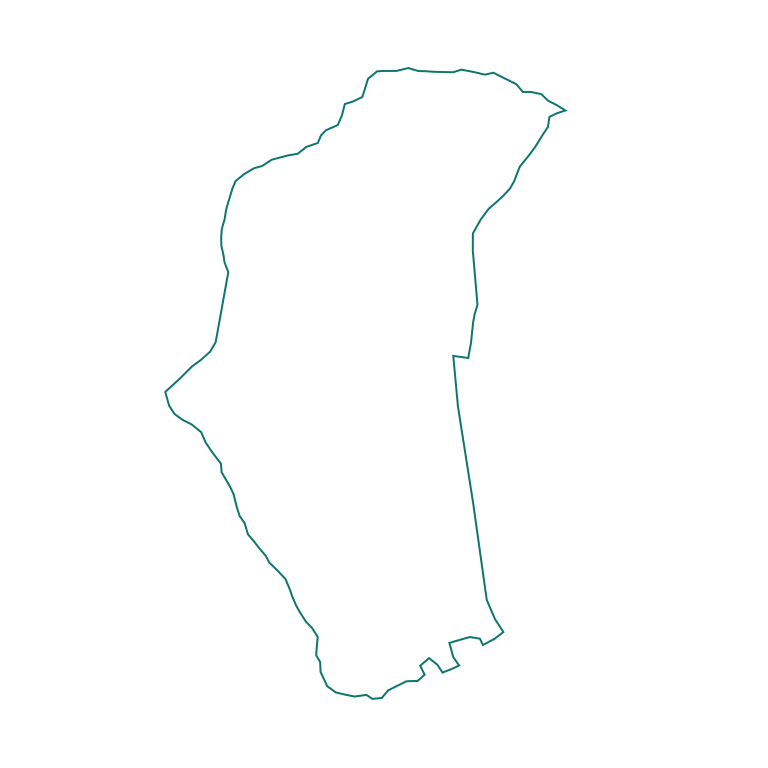 Cruzeiro do Sul, Paraná, Brazil (Mercator projection), rotated 82°
{"feature_id": "56859067B8108484370464", "entity_name": "Cruzeiro do Sul", "entity_type": "district", "adm_level": 2, "iso_a3": "BRA", "parent_name": "Brazil", "parent_adm1": "Paraná", "projection": "mercator", "projection_center": [-52.164, -22.981], "detail": "fine", "context": "isolated", "style": "outline", "palette": "teal", "viewbox_px": 768, "rotation_deg": 82, "n_neighbors": 0, "source": "geoboundaries", "source_scale": "gbopen_adm2", "svg_char_len": 1827}
<svg xmlns="http://www.w3.org/2000/svg" viewBox="0 0 768 768"><g transform="rotate(82 384 384)"><path d="M162.3,502.7L169.0,506.7L181.4,512.5L189.1,516.0L199.0,519.0L207.4,522.9L215.3,524.7L224.3,525.8L234.6,525.0L241.5,525.0L251.5,522.6L319.2,544.9L327.8,551.7L334.9,562.3L339.7,571.4L350.2,585.4L361.4,601.7L375.6,599.8L384.6,595.6L391.6,588.3L397.2,580.2L406.3,571.7L417.0,568.8L428.3,563.3L440.2,556.6L448.8,557.1L463.8,550.9L472.1,548.3L484.7,547.0L494.5,545.4L502.6,541.3L513.8,539.7L522.4,534.3L529.6,530.2L537.7,525.0L544.9,522.5L554.2,515.2L563.5,508.7L573.7,506.0L582.1,504.3L590.9,501.9L597.5,499.4L608.3,494.5L615.5,489.3L625.2,484.8L633.8,486.9L643.1,488.9L650.5,485.9L660.3,486.9L675.3,482.3L682.7,474.7L686.5,464.9L689.4,456.5L689.4,444.7L694.2,439.3L694.6,429.9L687.9,422.4L681.5,403.2L682.7,392.0L677.5,384.2L668.1,387.4L661.7,377.6L669.3,370.3L677.9,366.2L675.6,356.6L673.2,348.8L664.1,353.4L649.5,355.3L647.9,344.4L646.5,334.3L649.5,324.5L656.2,322.4L651.7,309.9L646.2,300.3L632.3,306.8L612.1,312.3L575.0,312.3L553.7,312.3L513.8,312.3L416.6,313.9L365.8,311.5L370.0,297.0L355.3,292.1L335.5,287.2L328.2,284.8L318.5,280.4L264.3,277.5L247.2,275.0L234.4,265.2L225.0,255.9L219.5,247.3L214.3,239.8L207.9,232.0L201.6,227.1L187.8,219.4L178.0,208.9L170.5,201.5L159.0,191.9L152.3,185.9L142.5,183.0L139.9,174.8L138.4,166.3L131.6,174.5L126.3,182.1L118.9,187.8L115.3,197.6L114.1,205.8L105.5,211.3L97.7,222.7L91.0,232.3L91.7,241.0L87.6,251.5L83.5,263.6L84.9,272.2L83.4,281.5L81.7,291.6L80.1,299.0L78.9,306.3L74.5,315.9L75.7,328.1L74.1,339.5L73.4,347.3L79.6,357.4L89.1,361.8L96.8,365.6L99.9,375.2L101.3,383.8L111.9,388.2L121.1,393.6L124.6,406.1L129.0,411.8L136.1,415.9L138.4,428.0L144.0,437.4L144.3,447.8L146.3,464.1L151.1,474.2L152.3,482.8L156.6,493.1L162.3,502.7Z" fill="none" stroke="#0f766e" stroke-width="2"/></g></svg>